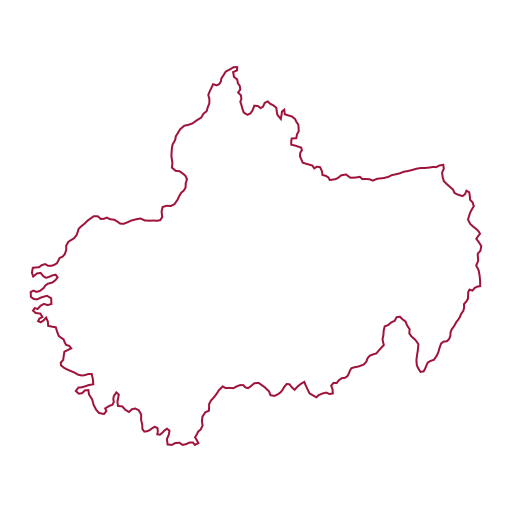 the district of Jaboticatubas, Minas Gerais, Brazil
{"feature_id": "56859067B91288962070993", "entity_name": "Jaboticatubas", "entity_type": "district", "adm_level": 2, "iso_a3": "BRA", "parent_name": "Brazil", "parent_adm1": "Minas Gerais", "projection": "mercator", "projection_center": [-43.732, -19.423], "detail": "fine", "context": "isolated", "style": "outline", "palette": "rose", "viewbox_px": 512, "rotation_deg": 0, "n_neighbors": 0, "source": "geoboundaries", "source_scale": "gbopen_adm2", "svg_char_len": 5932}
<svg xmlns="http://www.w3.org/2000/svg" viewBox="0 0 512 512"><path d="M41.6,265.2L39.1,267.2L35.6,267.5L32.8,267.8L31.9,272.7L33.2,276.5L37.1,273.4L40.6,272.9L43.5,276.4L46.0,277.8L48.8,277.0L52.4,275.4L55.6,274.7L57.6,277.3L55.4,280.2L52.2,282.6L47.8,283.7L45.3,285.6L43.6,288.1L39.8,291.0L36.3,291.9L33.6,290.6L30.7,292.0L30.9,296.9L33.8,299.0L37.0,299.4L41.8,297.2L47.0,295.8L51.2,298.3L51.4,304.0L47.6,305.1L43.9,303.9L40.6,305.7L37.7,309.0L34.7,308.1L33.0,310.6L35.7,313.0L40.4,313.6L42.4,317.0L39.4,318.6L38.1,321.1L40.6,322.3L43.4,320.6L46.1,317.6L47.8,321.4L48.2,325.9L52.2,326.7L55.8,327.3L57.1,331.7L58.7,335.9L61.3,337.9L63.6,339.4L64.7,342.3L66.0,344.8L69.3,345.9L71.2,348.4L68.2,349.8L64.4,351.7L63.7,355.9L63.2,359.9L60.8,362.6L61.0,365.4L64.3,368.0L67.5,369.6L70.4,370.9L74.1,372.4L78.1,374.7L81.8,375.5L84.6,375.2L88.0,374.1L91.7,374.0L92.9,379.4L93.3,384.3L88.6,385.1L84.9,386.4L81.8,387.3L78.4,387.6L75.8,391.0L78.8,393.7L82.1,393.2L84.9,390.4L88.4,390.1L89.0,394.5L92.1,399.3L93.7,405.1L96.2,409.8L99.0,413.0L104.0,414.0L106.4,411.0L105.2,408.4L109.3,405.9L112.4,404.8L113.8,402.1L113.3,399.0L113.8,396.2L116.3,392.4L118.8,394.6L117.4,401.8L118.0,406.0L122.3,406.4L125.4,409.9L129.0,412.0L132.0,409.2L135.2,408.5L138.8,410.3L141.2,414.6L141.1,420.1L142.2,424.3L142.4,429.0L144.3,431.6L147.4,431.2L150.0,429.9L152.2,428.2L154.7,426.8L157.5,428.1L157.8,431.5L157.3,434.3L159.9,434.7L162.2,432.9L164.2,430.7L167.0,428.7L169.5,430.7L168.8,434.7L166.9,439.1L167.6,444.5L171.9,444.9L175.1,443.1L179.4,442.7L182.6,444.9L186.3,444.1L189.2,442.6L192.9,442.5L194.9,444.9L198.4,443.1L196.6,439.8L195.0,437.3L196.9,434.4L198.1,431.6L200.7,429.5L202.6,425.4L201.9,421.1L202.4,416.7L205.3,412.3L208.9,410.7L209.1,407.3L209.1,404.1L210.9,400.6L213.7,397.6L216.7,393.7L219.0,390.1L222.7,386.4L225.6,388.1L229.4,387.9L233.4,388.2L237.1,386.2L240.2,385.1L243.3,385.1L245.2,387.3L248.0,388.2L251.1,386.0L254.2,383.3L258.6,382.9L262.0,385.3L264.8,387.3L266.8,389.3L269.0,391.3L270.5,395.2L274.5,395.9L277.9,394.3L280.8,392.1L282.6,389.8L284.4,386.7L286.7,384.0L289.5,384.3L291.8,387.3L294.6,389.8L297.3,386.8L301.1,383.7L304.3,381.9L305.7,385.4L307.4,389.0L309.5,393.4L313.2,395.5L316.3,397.3L318.7,395.1L322.8,393.4L326.3,392.6L329.4,394.0L332.8,393.5L332.6,389.6L331.2,385.6L333.5,382.9L336.6,383.1L339.1,380.0L342.0,378.1L344.8,377.9L347.3,376.3L348.8,373.6L349.9,370.7L351.4,368.2L354.7,367.2L358.5,366.5L361.2,365.5L363.8,364.5L366.3,361.7L367.8,357.8L369.8,355.7L372.7,354.5L376.4,353.4L379.1,350.1L381.2,347.8L383.8,345.1L382.5,339.4L383.4,335.1L383.7,330.4L384.7,326.4L388.3,325.0L391.4,322.3L394.6,320.9L396.6,317.2L399.9,316.7L402.4,319.2L405.6,321.6L407.0,325.3L409.6,329.2L409.3,333.4L411.5,336.5L414.8,339.3L416.6,341.5L418.4,344.3L418.1,347.3L417.8,350.5L417.1,354.7L416.4,360.1L416.8,365.2L418.1,368.1L420.5,371.9L423.6,371.4L425.1,368.7L426.2,366.0L427.7,362.6L430.4,361.0L433.9,359.8L436.8,355.6L438.4,352.0L439.6,347.6L441.1,343.6L443.3,341.7L447.0,341.2L449.2,338.9L450.4,335.6L450.5,332.5L451.6,329.5L454.2,325.9L456.4,321.9L458.2,319.7L459.9,317.0L461.1,313.9L463.3,310.9L464.1,307.6L464.0,304.1L466.4,301.4L467.9,298.9L468.1,295.3L468.2,292.2L469.5,289.6L472.4,290.6L474.7,287.9L477.4,286.6L480.2,286.1L480.1,281.1L479.6,275.6L478.6,270.2L476.2,265.5L478.2,260.8L477.9,256.8L477.7,253.8L480.4,250.8L481.3,246.1L478.6,241.8L476.3,238.8L478.2,236.0L480.0,233.8L478.5,231.2L476.4,229.1L473.5,226.9L470.3,224.0L468.0,219.7L469.1,215.8L470.3,212.3L472.0,209.2L473.8,206.1L472.6,202.4L470.1,199.8L469.8,196.0L469.2,192.3L466.4,190.7L465.1,194.1L462.5,196.1L459.6,195.2L457.0,194.3L454.5,192.9L453.0,189.6L450.3,187.2L447.1,184.4L443.8,181.1L442.6,176.9L442.1,172.5L443.8,168.7L443.3,164.8L439.4,165.5L436.1,167.2L433.2,166.9L429.0,167.6L424.6,168.0L420.8,168.0L416.5,168.7L411.8,170.1L407.5,171.1L403.6,171.8L399.6,173.4L395.3,174.4L391.6,175.2L388.5,176.8L384.0,178.0L380.6,178.4L377.1,178.8L372.8,180.6L369.3,179.2L365.9,179.0L362.3,179.1L359.9,176.8L355.4,177.6L350.3,177.7L346.0,174.5L341.2,175.3L338.2,177.8L335.7,179.1L332.8,179.6L329.8,180.0L328.3,177.4L325.9,175.9L322.5,175.0L321.8,170.9L320.1,167.2L316.7,166.7L314.3,168.4L312.3,165.5L307.3,164.1L302.7,162.7L301.1,158.9L299.9,156.2L300.3,152.6L301.9,150.2L301.1,147.5L298.3,146.7L295.6,145.7L291.3,144.7L291.2,141.6L291.7,138.5L296.3,138.2L297.0,134.3L298.7,131.3L298.6,127.9L298.3,124.6L296.4,121.9L295.1,119.1L292.0,116.5L287.9,115.3L284.8,114.3L284.2,109.7L282.0,111.5L281.5,115.1L280.8,119.0L277.4,114.8L276.7,111.1L276.4,107.9L273.4,105.4L269.9,103.6L267.8,101.4L264.7,102.9L263.0,106.7L260.5,108.1L258.1,106.1L254.3,105.7L252.7,110.0L250.6,113.3L247.5,114.8L243.8,112.6L242.4,108.7L241.3,104.6L240.3,101.8L241.4,99.0L240.9,95.3L238.1,92.5L240.3,89.5L239.8,86.0L237.9,83.3L237.2,79.5L234.0,76.9L233.1,72.1L237.0,70.4L237.2,67.1L233.8,67.1L229.2,69.8L225.8,71.5L223.0,76.0L221.3,78.6L220.9,81.5L219.1,84.2L216.6,85.3L213.1,84.2L211.0,88.7L209.3,92.3L208.3,95.0L209.4,99.2L209.3,103.4L207.8,107.2L206.6,111.2L203.5,113.7L201.2,117.6L196.6,120.4L192.5,123.4L188.5,124.8L184.3,125.7L180.0,129.4L177.6,133.5L175.8,136.3L175.4,139.1L174.2,141.8L172.6,144.4L171.9,148.2L171.6,152.2L171.4,156.2L172.0,159.9L172.4,163.3L171.9,167.6L175.6,170.8L179.4,171.2L182.1,173.0L185.3,175.6L187.0,179.2L185.7,183.3L185.6,187.5L183.5,190.9L181.3,192.6L179.5,195.5L177.5,199.8L174.4,204.2L170.8,206.0L166.6,205.8L162.6,207.0L161.6,211.5L162.2,217.1L160.2,220.2L156.6,220.8L153.8,220.5L150.1,220.7L144.9,220.5L140.5,218.5L136.1,219.3L131.4,220.5L127.3,222.4L123.6,223.8L120.1,223.6L117.7,221.8L114.5,219.8L109.6,219.1L106.9,217.6L103.9,218.8L100.8,219.0L97.8,216.3L93.9,216.2L90.9,218.2L87.8,220.5L84.6,223.6L81.4,226.2L78.7,228.7L77.7,232.0L76.5,235.2L74.0,238.3L71.2,240.0L68.4,241.8L66.2,245.6L66.2,250.0L64.9,253.9L62.8,256.5L59.6,258.0L58.2,260.8L56.9,263.3L54.0,265.0L51.2,265.8L48.1,265.8L45.1,264.1L41.6,265.2Z" fill="none" stroke="#9f1239" stroke-width="2"/></svg>